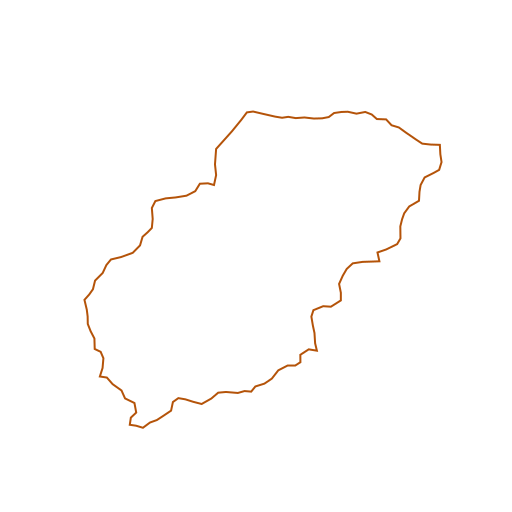 Luiziânia, São Paulo, Brazil, rotated 315°
{"feature_id": "56859067B86388687995531", "entity_name": "Luiziânia", "entity_type": "district", "adm_level": 2, "iso_a3": "BRA", "parent_name": "Brazil", "parent_adm1": "São Paulo", "projection": "orthographic", "projection_center": [-50.352, -21.674], "detail": "fine", "context": "isolated", "style": "outline", "palette": "amber", "viewbox_px": 512, "rotation_deg": 315, "n_neighbors": 0, "source": "geoboundaries", "source_scale": "gbopen_adm2", "svg_char_len": 1725}
<svg xmlns="http://www.w3.org/2000/svg" viewBox="0 0 512 512"><g transform="rotate(315 256 256)"><path d="M351.1,148.0L342.0,149.3L327.3,150.8L303.5,152.1L291.8,162.2L285.0,170.6L276.5,176.1L273.4,170.6L267.4,165.2L258.9,167.2L249.5,164.2L240.5,157.7L232.9,151.4L223.7,146.0L216.3,148.4L209.1,156.8L202.2,162.5L196.3,162.6L189.4,162.2L181.5,166.5L171.1,166.6L159.8,161.3L151.0,155.9L143.8,156.6L135.6,159.6L124.8,159.6L117.2,164.2L110.8,165.3L103.7,165.7L98.4,174.3L94.2,179.7L89.0,185.1L85.9,192.2L83.4,200.1L76.2,207.7L78.4,213.9L75.8,220.4L68.3,226.7L60.4,230.8L64.6,236.5L64.0,245.2L65.8,256.0L62.7,264.1L66.1,274.0L60.6,282.0L53.2,281.8L47.4,286.1L51.2,291.2L54.6,297.5L63.3,298.8L69.9,301.9L76.5,303.3L86.6,305.3L94.0,300.5L100.6,301.6L104.7,307.4L108.5,314.7L112.9,322.2L123.6,325.2L132.6,325.9L138.6,330.9L146.3,340.0L152.4,343.4L156.7,348.5L163.3,347.8L171.7,352.2L180.5,353.9L190.9,352.6L200.9,355.8L206.3,361.2L212.3,362.5L217.5,357.2L227.3,359.3L232.1,366.0L236.1,359.5L242.9,351.8L247.1,345.3L252.3,338.0L258.3,334.9L268.0,339.0L273.1,344.8L284.6,347.4L290.0,342.0L295.0,334.5L303.4,331.3L311.0,329.3L319.2,329.6L327.3,335.6L333.8,341.7L339.5,347.0L344.4,339.4L352.6,343.4L364.2,347.4L370.6,345.7L379.0,337.1L385.3,333.3L391.0,330.6L399.4,329.3L410.3,332.2L417.0,326.2L422.6,322.2L430.8,319.7L440.4,322.9L446.4,324.6L453.6,320.8L458.3,314.4L464.6,307.4L458.3,300.7L453.0,294.1L451.5,286.8L449.3,274.9L447.9,266.1L444.3,259.4L444.6,251.4L438.3,244.6L437.9,237.8L435.1,231.4L427.7,226.4L422.9,218.9L418.3,214.6L412.3,210.1L405.7,209.2L400.1,205.4L394.1,199.7L388.2,192.3L381.6,186.6L377.2,180.4L372.2,176.7L368.1,171.0L361.5,160.5L356.1,151.8L351.1,148.0Z" fill="none" stroke="#b45309" stroke-width="2"/></g></svg>